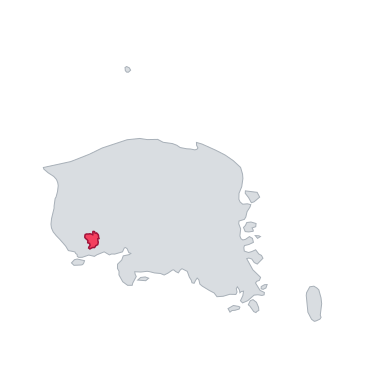 location of Seoul within South Korea, rotated 281°
{"feature_id": "KOR-2497", "entity_name": "Seoul", "entity_type": "Capital Metropolitan City", "adm_level": 1, "iso_a3": "KOR", "parent_name": "South Korea", "parent_adm1": "", "projection": "mercator", "projection_center": [127.023, 37.556], "detail": "fine", "context": "in_parent", "style": "filled", "palette": "rose", "viewbox_px": 384, "rotation_deg": 281, "n_neighbors": 0, "source": "natural_earth", "source_scale": "10m", "svg_char_len": 3797}
<svg xmlns="http://www.w3.org/2000/svg" viewBox="0 0 384 384"><g transform="rotate(281 192 192)"><path d="M109.4,89.6L110.8,88.5L110.9,86.9L110.9,81.8L114.8,78.3L120.4,71.1L123.2,67.1L126.3,63.4L129.9,60.9L133.5,59.7L139.1,59.2L149.8,59.7L151.9,59.3L159.4,58.9L161.1,59.5L166.6,59.9L172.6,59.5L175.6,58.4L178.4,56.6L180.9,53.3L183.4,47.1L186.1,42.3L187.7,41.4L198.7,67.1L209.2,83.6L218.1,95.5L230.9,118.3L234.6,130.5L234.9,138.0L237.1,148.3L235.3,154.2L235.8,163.5L235.0,168.2L233.4,171.8L233.4,178.5L233.9,182.1L233.9,186.8L234.9,188.7L236.4,189.4L238.7,187.6L241.5,186.9L241.0,192.6L237.6,207.1L234.6,217.5L230.6,226.6L225.4,235.0L219.2,238.2L214.9,239.4L206.6,239.8L199.7,238.4L193.8,239.4L191.4,241.1L189.7,244.1L191.0,248.7L190.8,252.1L188.3,251.8L183.2,249.8L177.7,249.6L175.1,248.6L172.5,243.7L169.8,243.9L165.1,246.8L158.0,247.4L155.5,249.0L154.6,251.0L155.7,253.5L159.2,256.9L158.0,260.2L154.3,261.9L151.3,257.8L149.4,253.7L147.3,253.5L144.0,254.6L143.4,259.0L144.9,262.0L147.4,265.5L143.9,269.4L143.0,272.3L140.5,274.3L133.7,269.8L134.6,266.6L137.6,263.5L138.0,260.3L137.0,258.4L127.3,266.5L121.3,275.6L118.1,275.0L116.7,272.6L114.8,271.7L108.4,277.6L107.2,282.2L104.8,282.4L103.8,280.4L103.7,276.2L102.6,272.6L95.9,267.4L92.8,262.8L94.5,260.3L100.0,261.7L104.5,261.5L103.6,259.3L102.2,258.3L105.1,257.1L107.6,254.6L105.6,253.9L102.4,255.3L99.8,254.6L98.8,248.6L95.6,242.5L94.0,236.5L97.1,233.0L98.7,227.7L101.6,219.9L103.1,217.3L107.1,215.5L108.5,213.5L106.3,212.5L102.8,211.5L102.9,209.3L105.3,208.1L108.0,205.6L113.2,202.5L114.8,196.8L113.3,195.4L110.0,194.0L110.8,191.1L112.1,188.9L111.6,187.6L107.8,183.9L105.2,180.5L106.0,176.6L105.4,170.7L105.7,165.8L105.6,163.1L103.7,157.1L102.8,151.0L100.4,151.9L98.4,153.4L91.3,151.2L89.0,151.1L88.1,146.6L90.7,141.1L96.7,136.1L100.2,135.5L102.8,133.4L106.9,132.7L111.8,136.0L116.2,136.7L118.6,142.4L120.1,143.7L120.4,141.6L124.0,139.1L124.8,137.2L124.1,136.2L120.0,135.2L116.3,128.0L115.8,124.9L114.5,122.9L116.5,117.2L112.2,110.6L110.2,108.5L110.4,102.7L108.2,98.9L107.0,96.8L106.2,93.3L106.9,91.7L108.8,91.1L109.4,89.6ZM95.6,341.4L93.6,342.6L91.7,341.9L91.2,341.3L89.0,338.2L88.4,336.7L89.9,333.6L96.1,328.7L112.2,323.9L115.1,323.7L121.4,325.7L122.8,329.6L121.6,332.9L120.2,335.1L112.8,338.8L107.1,340.6L95.6,341.4ZM204.1,256.0L199.9,259.4L194.2,254.8L192.8,252.3L197.2,248.7L200.9,244.5L203.3,244.2L204.1,256.0ZM173.8,255.6L173.3,260.9L170.1,261.2L168.2,257.8L166.2,259.4L165.1,259.5L163.6,255.2L163.3,251.8L167.0,249.3L169.3,250.8L172.5,251.6L173.8,255.6ZM91.4,279.4L88.5,280.2L86.9,278.3L85.8,277.8L86.4,275.4L91.1,270.5L92.0,268.8L96.4,269.9L98.0,272.4L96.0,276.3L91.4,279.4ZM104.3,92.1L104.1,99.6L101.6,99.3L99.9,98.5L99.2,97.1L97.5,90.1L99.4,87.2L103.1,89.5L104.3,92.1ZM88.6,259.7L88.1,261.0L86.1,260.6L84.1,256.8L83.3,253.9L81.3,252.2L84.4,249.6L88.5,254.3L88.6,259.7ZM99.7,162.3L99.1,165.9L96.1,163.5L95.2,155.5L98.3,157.9L99.7,162.3ZM301.9,106.8L299.9,108.5L297.5,106.8L297.2,105.0L298.4,103.4L301.4,102.5L302.7,103.9L301.9,106.8ZM114.8,280.8L115.5,283.4L111.9,282.9L110.0,280.4L110.2,278.3L112.4,278.0L114.8,280.8ZM161.8,266.0L161.3,267.7L159.0,265.2L161.3,262.4L161.8,266.0Z" fill="#d9dde1" stroke="#a8b0b8" stroke-width="1"/><path d="M128.3,95.2L129.9,95.3L130.7,96.6L131.0,98.4L131.5,99.7L131.5,101.1L131.1,102.7L132.3,102.7L133.4,102.3L134.3,102.3L134.6,103.1L134.5,103.9L133.9,104.3L133.2,104.7L133.2,105.7L133.6,106.2L132.8,107.2L132.4,107.9L131.2,108.6L129.9,108.9L128.6,109.6L128.1,108.4L127.0,108.7L125.9,109.0L125.1,109.5L124.2,109.6L122.3,109.5L121.0,107.8L119.7,107.4L118.8,106.8L118.6,105.2L117.7,103.9L116.6,102.6L117.3,101.2L118.5,101.3L120.0,102.1L121.0,101.8L122.0,101.2L122.1,100.2L122.3,99.3L124.3,99.1L125.4,97.8L126.0,96.5L126.9,95.5L128.3,95.2Z" fill="#f43f5e" stroke="#9f1239" stroke-width="1.5"/></g></svg>